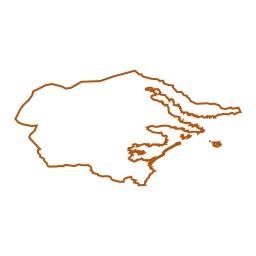 Djúpavogshreppur, Austurland, Iceland
{"feature_id": "244011B85487583844878", "entity_name": "Djúpavogshreppur", "entity_type": "district", "adm_level": 2, "iso_a3": "ISL", "parent_name": "Iceland", "parent_adm1": "Austurland", "projection": "robinson", "projection_center": [-14.412, 64.651], "detail": "fine", "context": "isolated", "style": "outline", "palette": "amber", "viewbox_px": 256, "rotation_deg": 0, "n_neighbors": 0, "source": "geoboundaries", "source_scale": "gbopen_adm2", "svg_char_len": 6034}
<svg xmlns="http://www.w3.org/2000/svg" viewBox="0 0 256 256"><path d="M15.4,119.0L18.5,122.5L23.2,124.4L31.8,126.0L36.8,125.5L34.5,131.0L30.6,134.3L29.4,136.4L29.4,137.9L40.0,149.1L38.0,150.1L38.0,152.7L40.2,155.0L40.1,156.7L43.7,158.7L44.7,161.5L46.6,163.0L47.9,166.1L49.3,166.6L56.6,166.5L60.1,165.9L63.6,166.3L64.2,165.4L66.0,164.9L74.4,166.1L79.0,164.4L83.5,165.3L88.2,165.1L91.0,167.2L91.3,168.7L90.6,170.3L92.4,171.1L92.8,172.2L92.6,173.0L97.6,174.0L98.0,175.1L102.2,176.5L106.7,176.1L110.3,176.8L111.6,179.3L112.6,180.0L119.7,181.8L123.6,181.8L123.8,179.8L125.8,178.0L131.1,176.8L131.9,179.3L135.7,180.5L134.2,181.5L134.1,182.5L138.4,183.6L138.9,185.3L144.9,184.9L144.5,184.5L145.2,182.3L145.8,181.9L145.4,181.2L146.2,180.9L147.0,179.1L149.0,177.0L149.3,175.6L150.1,175.1L150.0,174.3L152.3,173.0L153.4,171.1L154.3,170.9L153.6,170.6L153.3,169.5L150.6,168.6L150.2,167.8L151.2,167.1L150.3,167.0L150.0,166.2L152.0,162.8L156.6,158.6L164.1,154.6L163.7,153.8L164.5,152.1L168.0,149.4L176.3,145.0L179.9,144.2L180.4,143.1L179.4,142.4L175.9,143.5L175.3,144.6L165.8,149.8L163.5,151.9L162.4,154.8L156.0,158.1L154.3,160.1L152.2,161.6L149.6,164.8L149.0,164.8L149.4,164.4L149.1,163.3L149.5,161.9L152.5,159.8L153.6,158.1L149.4,160.2L146.9,160.0L146.3,160.3L146.5,160.8L144.8,160.0L143.5,160.1L141.7,159.1L142.1,158.7L141.4,158.4L139.6,159.7L137.4,159.5L136.6,160.1L136.8,160.5L134.0,161.6L132.4,160.7L132.3,160.0L131.6,160.4L129.7,159.5L128.7,158.4L132.9,154.8L129.6,152.9L131.0,151.9L130.5,151.5L130.7,150.6L130.3,150.1L128.4,150.2L128.3,149.0L128.9,148.0L131.5,147.8L133.7,146.3L133.2,144.6L135.0,144.1L137.6,144.8L138.2,145.2L137.1,146.4L137.7,146.4L138.8,146.1L138.9,145.5L144.5,144.0L146.5,144.3L146.5,145.0L148.7,144.1L149.0,144.3L147.7,145.6L149.2,146.7L151.4,145.6L152.3,144.4L153.0,144.6L152.8,145.3L153.3,144.7L155.3,144.3L155.8,144.9L157.6,144.4L157.6,145.1L159.2,144.8L159.3,145.8L161.3,144.8L162.1,145.5L163.0,144.4L165.2,144.2L164.6,143.8L164.8,143.1L166.8,142.2L166.6,141.2L165.7,141.3L166.1,140.8L166.0,140.1L166.8,139.9L165.8,139.4L166.8,136.5L166.1,135.6L163.9,136.0L162.6,135.6L161.3,132.5L158.6,133.0L153.4,132.3L147.4,129.2L148.2,128.0L147.3,127.4L151.5,126.0L156.5,126.9L163.6,125.6L168.9,125.9L170.6,126.9L170.7,127.4L175.0,127.2L174.6,127.8L176.1,127.9L177.4,128.5L177.1,128.8L182.7,128.2L183.0,128.4L182.4,129.2L184.0,129.1L183.6,130.3L184.8,131.1L187.7,130.6L187.2,131.4L188.2,131.5L188.9,132.4L193.3,131.7L197.4,131.9L198.2,132.4L197.7,132.8L197.9,133.6L199.7,132.0L202.8,131.9L203.2,131.5L202.1,131.0L203.1,130.5L203.6,130.8L204.7,129.5L203.8,130.3L201.8,130.2L200.5,129.2L200.4,128.4L198.5,128.4L197.6,127.4L198.2,126.5L196.5,126.6L196.1,125.5L197.5,124.1L194.9,125.0L194.8,125.5L192.8,126.5L193.0,125.5L193.7,125.4L192.1,125.7L191.7,125.5L192.0,124.8L190.1,125.0L190.7,124.5L190.2,124.2L190.3,123.1L188.0,122.8L185.5,123.3L185.0,123.0L185.1,122.5L183.5,122.6L182.2,122.0L182.4,121.1L181.6,121.9L180.5,121.8L179.8,120.7L180.1,120.2L178.9,119.7L179.6,118.9L179.3,118.6L179.7,117.3L177.6,116.5L174.3,116.5L173.8,115.5L171.6,114.9L170.4,113.2L169.1,112.9L169.0,111.0L168.4,110.1L168.6,107.9L167.8,106.8L167.5,104.8L165.9,104.7L165.2,105.6L163.5,104.0L162.5,101.5L161.9,101.5L161.8,102.4L161.1,101.3L159.8,101.7L156.3,100.0L154.3,100.0L152.1,98.5L151.3,97.3L151.4,96.3L153.1,95.3L155.3,95.2L156.0,94.4L156.0,93.6L153.8,92.1L153.8,91.3L151.7,91.3L148.3,89.8L145.9,89.7L145.7,89.2L146.4,88.3L150.9,87.6L151.9,88.1L151.4,89.4L157.8,89.2L157.7,89.7L159.2,90.3L159.8,91.2L159.6,92.3L160.2,92.7L159.0,93.9L160.5,93.8L161.1,94.7L165.0,95.1L167.6,98.3L168.5,98.7L169.4,100.9L171.2,99.0L173.0,99.9L173.3,101.7L173.8,101.9L173.7,104.8L176.0,105.5L178.5,104.4L178.8,105.0L177.8,105.8L180.0,106.8L179.8,108.2L180.7,108.3L180.6,109.9L181.9,111.5L181.7,112.3L183.8,112.6L183.9,113.3L185.0,112.4L186.9,112.4L187.7,112.8L187.6,114.0L188.9,114.0L188.7,114.6L190.1,114.3L189.8,115.0L192.5,114.1L193.5,114.5L193.2,115.4L194.2,115.5L194.5,116.2L196.0,115.5L196.9,115.7L196.6,116.6L197.6,116.6L197.9,117.3L202.5,116.1L203.2,117.3L204.8,117.7L207.4,116.1L210.2,116.4L210.1,117.5L212.8,116.1L214.0,116.5L213.9,117.5L215.0,117.5L214.7,117.0L215.2,116.5L218.9,114.5L220.2,114.8L223.2,114.0L228.9,114.3L231.6,112.8L233.4,113.3L234.5,114.3L237.2,112.7L240.6,112.1L238.5,107.8L232.2,108.7L231.2,107.6L230.5,107.7L225.1,109.0L221.2,108.2L219.2,105.3L213.6,103.6L211.0,104.2L207.6,103.3L196.4,103.8L190.6,101.1L189.2,98.4L186.9,96.8L186.8,95.8L183.8,95.2L181.8,92.2L177.1,91.9L172.9,87.3L173.0,85.5L168.5,85.0L164.0,83.5L163.4,82.9L163.7,81.5L162.6,80.7L159.8,80.9L157.6,79.3L151.6,78.8L143.5,76.7L141.9,75.6L141.6,74.4L139.2,74.4L134.9,70.7L112.6,76.7L100.2,81.1L81.4,81.8L70.8,87.9L65.9,88.6L61.6,86.4L51.9,84.0L45.5,85.3L33.2,91.5L32.2,95.2L28.7,100.1L23.8,104.6L20.8,108.5L15.4,119.0ZM218.3,143.2L219.4,142.8L217.1,143.3L216.7,142.7L213.6,143.0L213.4,145.0L215.2,145.2L214.2,145.8L215.1,146.2L216.4,145.6L215.7,146.3L216.4,146.6L218.6,146.4L220.4,145.0L219.3,144.6L220.4,144.4L219.9,144.0L220.1,143.5L218.3,143.2ZM143.3,153.5L139.4,150.8L138.5,151.3L137.2,151.1L136.6,151.7L137.4,151.8L137.3,152.5L140.4,152.9L140.7,153.6L140.2,155.0L140.7,154.3L143.3,153.5ZM135.1,151.4L135.4,150.2L131.1,152.0L134.3,152.2L135.1,151.4ZM183.5,134.3L181.5,135.2L181.2,136.2L182.7,135.3L183.5,134.3ZM189.1,136.3L189.2,135.3L188.6,135.1L187.6,136.1L189.1,136.3ZM190.5,136.2L189.4,136.3L188.6,137.5L190.2,136.7L190.5,136.2ZM213.4,143.1L214.1,142.8L214.2,142.3L212.8,142.5L213.4,143.1ZM181.9,139.1L183.9,138.7L184.2,138.5L183.5,138.2L181.9,139.1ZM216.8,142.2L217.8,142.4L218.1,142.2L216.8,142.2ZM182.6,136.9L183.1,137.1L184.0,136.2L182.6,136.9ZM142.6,151.3L143.8,151.6L143.2,151.0L142.6,151.3ZM185.5,137.4L184.8,137.4L184.0,137.9L184.8,137.8L185.5,137.4ZM206.9,118.0L207.5,117.6L207.6,117.2L207.3,117.3L206.9,118.0ZM139.1,154.7L138.2,154.5L137.8,154.7L139.1,154.7ZM201.4,128.6L202.1,128.3L202.1,128.2L201.4,128.6ZM209.2,141.3L209.8,141.4L210.0,141.3L209.2,141.3ZM210.0,141.1L210.3,140.9L209.5,141.0L210.0,141.1Z" fill="none" stroke="#b45309" stroke-width="2"/></svg>